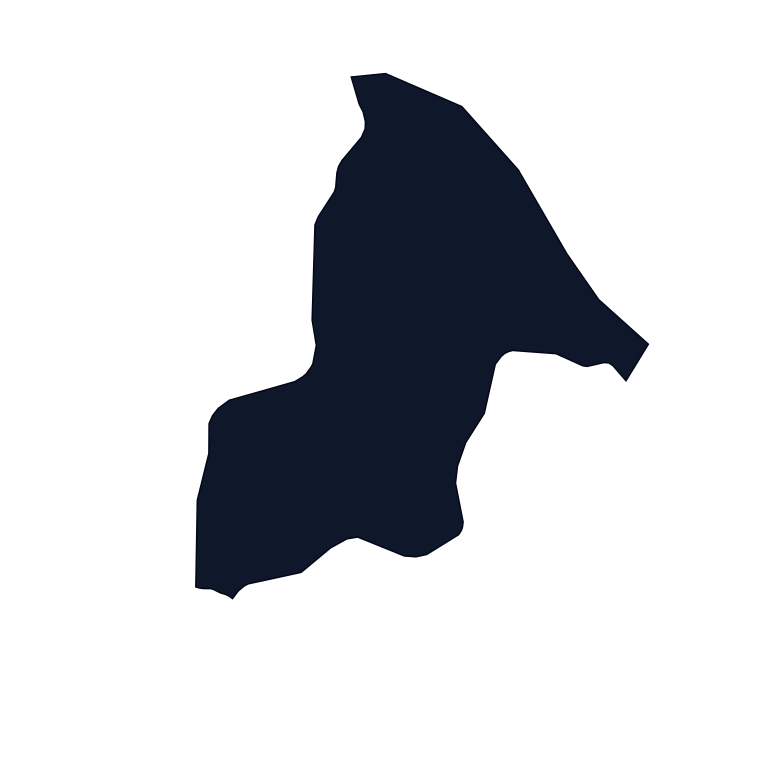 SVG path tracing the border of Southwark, rotated 34°
{"feature_id": "GBR-2771", "entity_name": "Southwark", "entity_type": "London Borough", "adm_level": 1, "iso_a3": "GBR", "parent_name": "United Kingdom", "parent_adm1": "", "projection": "robinson", "projection_center": [-0.067, 51.465], "detail": "fine", "context": "isolated", "style": "filled", "palette": "ink", "viewbox_px": 768, "rotation_deg": 34, "n_neighbors": 0, "source": "natural_earth", "source_scale": "10m", "svg_char_len": 1106}
<svg xmlns="http://www.w3.org/2000/svg" viewBox="0 0 768 768"><g transform="rotate(34 384 384)"><path d="M293.4,110.5L376.1,131.6L377.7,132.5L462.7,173.8L514.8,194.0L580.9,203.2L582.8,246.0L563.7,240.8L558.6,240.8L554.3,243.3L542.6,255.8L538.7,257.7L509.6,262.7L471.8,284.3L469.0,287.6L466.9,291.3L465.7,295.9L465.2,305.4L483.5,352.2L484.5,386.8L490.8,410.9L498.7,426.2L526.7,454.1L529.0,458.6L530.0,462.0L530.1,467.2L514.7,501.5L507.1,509.4L497.0,515.2L447.8,525.6L439.7,533.3L431.3,549.8L420.6,586.5L383.3,625.5L381.1,629.4L378.9,637.0L378.4,646.6L375.0,646.5L371.9,646.8L370.2,647.1L365.3,648.6L363.6,648.9L358.0,649.6L356.7,649.9L355.5,650.2L354.3,650.8L348.3,654.8L345.1,656.3L341.5,657.5L294.2,584.7L277.6,539.4L261.1,514.6L259.6,506.1L260.2,497.0L264.8,484.0L308.7,432.0L312.6,423.5L313.8,419.3L314.1,411.2L313.8,407.2L306.3,389.8L288.7,371.2L237.8,290.7L236.0,282.1L235.4,252.4L234.0,247.9L226.9,235.3L224.7,229.0L224.2,222.2L227.4,192.2L225.7,183.0L221.9,176.9L214.6,170.1L207.0,165.9L185.2,147.8L211.7,125.8L234.9,121.5L293.4,110.5Z" fill="#0f172a" stroke="#020617" stroke-width="1.5"/></g></svg>